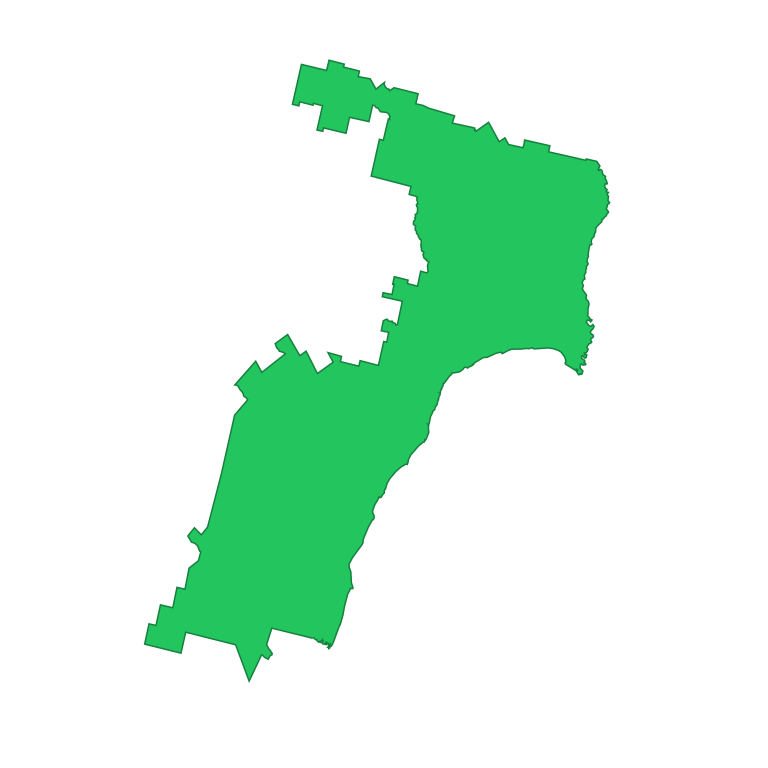 the district of Carpentaria, Queensland, Australia, rotated 188°
{"feature_id": "25037944B42158127814454", "entity_name": "Carpentaria", "entity_type": "district", "adm_level": 2, "iso_a3": "AUS", "parent_name": "Australia", "parent_adm1": "Queensland", "projection": "natural_earth1", "projection_center": [140.957, -17.323], "detail": "fine", "context": "isolated", "style": "filled", "palette": "green", "viewbox_px": 768, "rotation_deg": 188, "n_neighbors": 0, "source": "geoboundaries", "source_scale": "gbopen_adm2", "svg_char_len": 6163}
<svg xmlns="http://www.w3.org/2000/svg" viewBox="0 0 768 768"><g transform="rotate(188 384 384)"><path d="M204.3,634.1L215.0,635.0L215.1,633.6L253.2,636.8L252.9,643.0L278.7,645.2L278.7,640.8L279.3,637.3L294.0,638.5L298.5,644.6L303.6,639.9L316.8,657.7L327.9,647.3L328.7,648.1L329.0,647.3L329.5,647.5L329.8,650.1L352.7,651.9L351.4,659.4L377.9,663.3L384.1,665.3L391.5,665.9L390.6,676.2L415.3,678.8L419.2,675.2L420.3,676.8L421.6,676.7L424.2,678.4L425.6,681.0L425.5,682.7L433.0,674.9L440.1,684.3L452.3,684.8L451.9,690.5L468.2,692.2L467.9,695.2L483.5,697.0L484.5,686.5L510.2,689.0L513.6,648.2L507.0,647.6L506.7,651.7L493.1,650.2L493.0,652.1L483.6,651.0L485.7,626.1L479.8,625.7L479.5,629.2L456.5,627.0L455.2,643.3L435.4,641.7L434.1,658.4L432.2,658.5L430.1,656.5L428.4,656.5L425.4,653.1L419.8,653.3L418.2,652.9L416.2,651.4L416.1,650.5L415.5,650.0L415.7,648.4L415.2,646.8L416.6,647.0L418.6,625.3L422.6,625.7L425.6,588.1L384.8,583.4L385.5,575.2L378.7,574.4L376.7,573.1L377.2,572.4L377.1,570.7L376.2,569.2L375.7,566.8L376.6,566.7L376.9,566.0L376.3,564.4L375.4,563.6L374.8,559.5L375.1,559.2L374.9,557.5L376.7,556.2L375.9,553.8L376.7,553.1L376.1,552.0L376.2,550.8L377.4,549.1L377.1,546.1L374.5,544.6L374.8,543.2L374.5,540.8L373.4,540.1L372.6,537.5L370.9,536.4L370.6,534.8L369.5,534.0L369.2,532.7L367.3,531.8L366.8,529.6L366.9,526.6L366.1,525.5L366.4,524.6L365.7,523.6L365.7,522.2L364.6,520.5L363.5,520.6L362.8,520.0L363.3,517.5L362.1,514.6L360.3,513.2L359.7,513.3L359.0,512.1L356.7,511.1L357.4,508.1L357.3,506.3L356.7,505.4L356.9,504.7L355.9,501.4L357.5,500.0L363.4,500.8L364.4,485.6L374.9,486.7L374.6,490.2L388.7,491.7L389.3,483.9L387.9,484.3L388.5,473.7L397.6,474.3L397.8,470.2L377.4,468.5L379.0,444.6L380.6,444.2L381.7,445.8L384.3,445.9L384.3,447.3L387.8,446.9L389.9,448.6L391.0,448.3L393.5,446.5L394.1,436.3L386.6,435.8L387.1,425.8L390.2,426.0L392.1,401.6L410.9,403.8L411.4,398.2L430.3,400.1L429.9,405.4L443.8,407.3L437.4,398.5L451.4,385.1L465.7,405.7L471.3,400.3L486.3,419.6L497.4,408.8L495.2,404.8L492.7,402.9L492.3,401.9L488.0,401.3L486.0,400.0L506.6,378.5L514.2,388.7L531.6,362.3L529.3,362.2L528.1,361.5L525.9,358.5L522.6,355.7L521.1,352.4L518.6,351.3L516.8,349.3L527.6,332.4L532.6,271.6L538.8,217.7L544.0,209.2L551.7,215.2L557.1,206.2L552.6,200.6L549.4,200.0L546.4,198.2L543.2,192.8L542.1,192.2L543.2,183.1L551.4,174.6L552.5,153.1L560.7,153.8L562.0,133.0L574.6,134.2L576.2,113.2L583.3,113.8L584.8,93.1L547.6,89.2L545.8,110.6L494.6,105.1L476.2,71.0L467.6,98.6L466.9,98.7L464.0,96.6L460.4,95.3L459.1,98.8L457.1,100.4L457.6,102.3L458.7,102.8L459.3,104.3L460.7,105.0L464.0,109.6L461.1,126.6L420.4,122.4L418.0,122.9L417.5,122.1L415.8,121.3L415.1,121.6L414.2,120.0L412.5,119.2L412.0,120.2L411.3,120.2L411.6,119.7L411.0,119.4L410.9,120.6L409.9,121.5L409.1,120.8L409.1,122.0L408.6,121.3L409.6,119.1L408.6,119.1L408.2,118.0L406.5,118.4L406.3,117.4L406.0,118.4L404.8,118.0L404.8,119.5L405.5,119.6L405.6,120.3L404.5,120.2L403.7,119.3L402.6,119.4L402.4,118.8L403.0,118.3L402.4,117.3L401.2,118.8L401.2,117.3L403.2,115.5L402.4,115.2L401.9,114.2L401.2,114.7L401.0,116.0L399.5,117.2L398.2,121.2L394.7,137.6L393.9,139.5L392.5,149.6L392.2,158.0L390.7,170.9L389.1,175.1L389.2,176.5L388.6,177.0L387.1,176.8L386.2,177.6L388.6,182.6L390.7,193.3L392.9,197.7L393.6,200.7L391.0,207.8L383.4,221.9L382.7,224.3L383.0,226.2L382.4,229.4L379.6,240.0L376.5,248.0L375.7,248.2L375.8,248.9L375.2,249.6L375.4,252.2L377.2,254.9L377.6,256.8L376.5,262.6L373.7,269.4L373.3,271.6L371.9,270.9L370.9,271.6L369.9,274.2L368.6,276.0L368.7,278.0L368.3,280.4L367.8,280.6L367.1,286.0L365.0,291.3L359.7,299.5L355.6,304.2L351.2,307.7L349.8,307.6L349.3,309.7L349.3,312.5L347.6,317.5L340.9,327.8L337.2,331.7L336.2,332.1L335.7,333.2L335.8,333.8L335.5,333.5L334.3,336.2L332.9,342.5L333.9,346.5L334.0,349.2L334.8,350.1L334.2,349.9L333.8,351.0L333.3,358.6L331.9,362.5L332.1,363.6L330.2,365.7L330.2,367.8L328.6,370.7L328.2,375.7L327.8,375.9L328.3,377.2L327.7,377.5L327.9,378.9L327.0,381.0L327.0,382.7L327.7,382.9L327.0,383.2L327.1,384.8L326.3,386.7L326.4,387.4L327.2,387.7L326.2,387.8L325.1,391.4L325.5,392.6L324.5,393.1L320.3,400.8L318.2,403.3L318.1,404.8L316.1,404.7L310.8,406.6L308.0,409.3L306.6,411.7L305.4,412.1L303.4,411.4L302.4,412.5L299.0,414.7L298.4,415.5L298.9,415.5L296.8,418.0L289.3,424.0L285.5,424.8L277.2,430.1L272.5,431.8L271.6,431.4L271.5,430.7L270.8,430.7L265.1,434.9L262.1,436.3L253.4,437.6L247.7,439.1L245.8,439.0L242.0,440.6L241.2,439.8L239.9,439.7L226.4,442.6L220.8,442.5L215.8,441.5L212.8,440.0L209.0,436.1L207.6,433.4L207.0,431.1L207.6,430.1L207.0,428.9L195.9,424.0L195.2,424.6L195.7,425.3L194.3,425.4L194.2,424.4L194.9,423.1L192.7,420.3L192.1,420.3L191.1,421.4L190.3,420.9L189.3,421.6L188.8,424.5L191.9,427.0L192.4,430.0L191.5,431.3L189.7,430.4L187.1,431.1L186.9,431.7L187.6,432.7L188.9,433.0L188.3,434.7L188.7,435.5L191.9,436.8L192.2,438.9L191.3,439.7L189.1,437.8L187.9,437.8L187.5,438.4L187.2,441.1L187.9,441.5L189.3,441.1L190.0,442.5L188.0,443.4L187.2,444.6L186.7,446.9L188.2,448.4L188.0,449.5L186.8,452.1L185.1,453.1L184.1,454.5L185.2,455.8L185.5,457.5L183.5,459.3L183.2,460.6L184.2,461.9L186.3,462.7L186.8,464.0L186.6,465.0L184.5,468.3L184.0,470.4L185.4,471.9L187.0,470.2L188.3,470.0L190.2,471.2L192.3,473.6L191.6,475.5L189.6,475.7L188.0,474.3L186.9,476.3L188.8,477.1L192.0,480.3L191.8,482.2L192.5,486.9L192.0,491.8L193.4,494.5L195.9,496.5L195.9,500.4L199.4,503.9L200.9,506.2L200.2,508.9L201.9,512.1L201.0,514.9L199.7,515.8L200.8,519.6L199.6,522.9L200.2,524.9L199.6,526.5L200.0,528.2L198.6,531.0L198.7,532.0L199.8,532.9L200.2,535.5L199.3,539.0L199.8,539.9L199.9,545.2L199.5,550.4L198.0,550.7L197.6,551.5L198.5,553.3L198.6,556.0L196.2,560.0L196.6,561.3L195.6,564.1L196.0,567.0L195.1,569.7L191.0,574.9L190.9,577.4L189.5,578.3L188.7,580.1L187.3,581.4L186.8,583.7L185.6,584.9L185.8,585.9L188.3,588.5L187.6,591.1L187.7,592.9L186.1,594.1L185.8,595.0L187.8,597.0L187.8,601.2L189.5,602.5L188.4,605.0L190.8,605.2L190.9,605.8L190.0,607.5L191.9,608.6L193.1,610.8L192.8,613.1L191.1,613.0L190.8,613.8L192.3,616.8L193.4,617.8L193.5,620.4L196.4,621.9L197.7,625.5L198.6,626.2L199.9,626.7L200.9,625.4L201.5,625.5L201.6,627.3L200.5,629.9L204.3,634.1Z" fill="#22c55e" stroke="#15803d" stroke-width="1.5"/></g></svg>